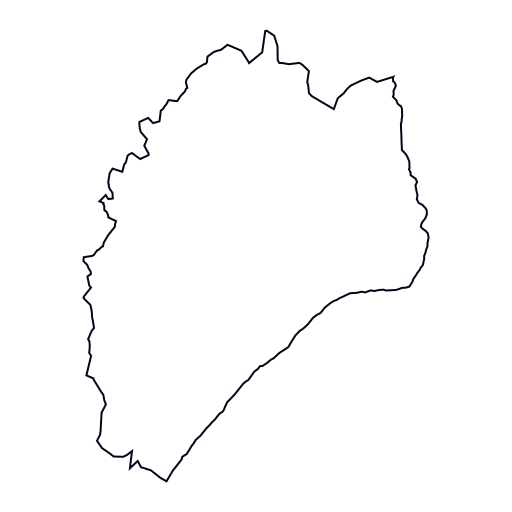 the district of Wase, Plateau, Nigeria
{"feature_id": "59680162B1443452948914", "entity_name": "Wase", "entity_type": "district", "adm_level": 2, "iso_a3": "NGA", "parent_name": "Nigeria", "parent_adm1": "Plateau", "projection": "robinson", "projection_center": [10.242, 9.037], "detail": "fine", "context": "isolated", "style": "outline", "palette": "ink", "viewbox_px": 512, "rotation_deg": 0, "n_neighbors": 0, "source": "geoboundaries", "source_scale": "gbopen_adm2", "svg_char_len": 3864}
<svg xmlns="http://www.w3.org/2000/svg" viewBox="0 0 512 512"><path d="M393.1,76.9L377.0,81.9L369.4,77.7L366.7,78.5L360.7,80.8L350.5,85.7L346.7,89.4L343.7,93.3L337.8,98.2L333.8,109.1L312.0,96.3L311.0,95.3L309.0,93.2L308.1,84.7L307.2,82.3L308.9,71.1L302.5,64.9L299.5,62.9L288.7,64.2L282.9,63.1L279.2,62.9L277.7,60.1L277.5,46.2L274.2,35.7L266.7,30.7L265.2,31.1L262.2,52.3L249.1,63.1L248.5,61.9L241.6,51.0L241.1,50.6L227.5,44.8L220.9,49.9L216.4,51.0L213.6,52.1L207.5,56.6L207.3,58.0L207.0,61.6L206.2,63.5L203.7,64.4L196.7,68.6L191.1,73.4L186.5,79.6L185.9,82.3L187.3,87.9L186.0,88.8L184.8,91.6L180.9,95.6L177.5,100.6L177.3,101.1L175.4,101.0L168.6,100.1L166.1,104.7L165.9,104.9L164.3,106.8L162.9,109.2L160.8,110.6L159.5,121.3L153.1,123.1L148.2,117.9L139.5,121.9L139.3,123.7L139.8,128.4L140.7,131.9L147.0,139.2L144.3,145.7L148.6,153.7L148.6,155.1L140.1,159.0L131.9,153.0L128.7,154.7L127.6,155.8L125.8,162.6L124.3,164.2L122.3,171.8L112.6,168.6L109.6,173.3L108.2,182.7L108.9,184.4L108.6,185.1L109.5,188.6L112.5,192.9L112.5,193.0L112.8,198.5L108.4,199.1L105.7,195.1L99.5,201.3L103.6,203.1L103.3,204.1L104.2,205.7L104.4,210.3L106.8,212.0L108.5,216.5L108.3,217.4L116.0,221.1L114.9,224.9L114.9,226.7L108.3,235.0L103.7,242.7L103.0,246.3L101.9,246.7L98.5,249.9L97.4,250.2L95.5,252.5L94.1,254.7L92.3,255.9L83.8,257.2L83.4,261.1L87.2,264.8L88.5,268.1L90.7,271.7L90.9,274.0L87.4,276.5L89.3,285.6L91.0,287.6L84.0,296.3L83.5,297.9L85.3,299.9L90.3,304.8L91.4,309.4L91.9,313.0L92.0,316.5L92.5,319.2L93.0,321.5L94.0,328.0L91.8,330.6L88.1,339.1L89.4,341.4L89.8,346.2L89.2,352.9L91.1,355.8L86.4,375.4L93.4,378.4L94.0,380.2L101.2,391.9L103.3,394.7L104.3,400.3L105.9,404.4L101.6,412.6L100.5,432.1L100.2,433.1L100.2,434.4L97.0,440.8L101.9,448.0L109.4,453.2L113.7,456.5L123.0,456.8L126.8,455.1L132.0,451.1L129.9,468.3L137.7,461.0L141.0,467.2L150.9,470.3L160.5,477.9L166.5,481.3L170.8,474.1L172.9,470.5L175.1,467.7L177.3,465.0L178.3,463.7L179.4,462.2L181.6,459.5L182.3,456.8L186.7,454.0L189.6,449.4L191.7,445.8L193.9,443.1L195.3,440.4L198.3,437.6L200.5,435.7L202.6,433.0L204.8,430.3L206.3,428.4L209.9,424.8L211.4,422.9L214.3,420.1L215.1,419.2L215.8,418.3L217.2,416.5L219.4,413.8L221.3,412.5L222.4,411.8L223.8,410.0L223.9,409.7L225.2,406.4L226.3,404.1L227.3,402.0L230.2,399.2L235.3,393.7L236.8,391.8L238.9,389.1L243.3,383.6L245.5,381.8L248.5,379.8L248.7,379.5L252.9,373.6L254.2,371.7L257.9,368.9L260.1,366.1L262.4,366.0L266.8,363.1L271.3,359.4L273.5,358.4L276.5,355.6L279.4,352.9L288.2,347.2L288.3,347.1L290.4,343.5L292.6,339.9L295.4,335.4L299.8,330.8L302.8,328.9L305.0,327.0L307.9,324.2L309.4,322.4L310.8,320.6L313.0,317.8L316.7,315.0L320.4,313.1L321.9,311.3L324.8,307.6L330.7,302.9L333.7,301.0L335.8,300.3L336.7,300.0L337.9,299.2L339.6,298.1L341.9,297.1L342.6,296.8L344.1,296.1L350.1,293.2L352.4,293.1L357.0,292.8L361.5,291.7L365.3,292.4L367.0,291.7L370.6,290.4L374.4,291.0L379.7,289.9L383.5,289.7L385.9,290.5L391.2,290.2L395.8,290.0L396.8,289.7L397.7,289.4L399.5,288.9L401.8,287.9L405.6,287.7L409.4,286.6L412.2,282.1L413.6,278.5L415.0,276.7L417.2,273.1L419.3,270.4L420.9,267.5L422.9,264.9L424.2,258.7L424.1,256.1L425.5,252.5L426.1,249.9L427.5,246.3L427.4,243.7L428.6,237.5L427.7,233.1L425.3,230.6L422.9,229.0L420.8,226.9L421.3,224.3L422.1,222.4L425.3,218.3L426.9,214.3L426.7,210.4L425.8,208.5L424.0,206.6L422.2,204.7L418.7,203.0L416.8,199.2L417.5,195.2L416.4,190.7L416.1,189.4L416.1,188.3L415.4,185.5L417.1,182.0L415.5,178.6L410.7,175.3L410.6,172.7L408.9,169.1L409.5,168.2L409.4,164.3L409.3,161.4L407.3,156.6L405.5,153.8L401.9,150.0L401.8,147.1L401.5,140.3L401.4,136.4L401.3,133.5L401.1,130.5L401.0,127.6L400.9,123.7L401.6,121.7L401.6,119.8L402.2,115.8L402.1,112.9L402.0,109.0L401.0,106.1L399.2,105.2L397.7,103.6L397.4,103.3L396.5,100.5L392.9,96.7L393.7,94.7L393.6,92.8L393.5,90.8L395.9,85.8L394.9,82.9L393.1,81.1L392.9,77.2L393.1,76.9Z" fill="none" stroke="#020617" stroke-width="2"/></svg>